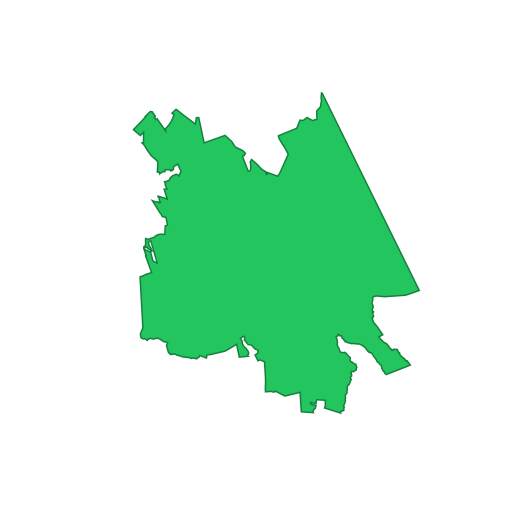 San Juan del Río, Querétaro, Mexico (Equal Earth projection), rotated 329°
{"feature_id": "50627088B99493350429125", "entity_name": "San Juan del Río", "entity_type": "district", "adm_level": 2, "iso_a3": "MEX", "parent_name": "Mexico", "parent_adm1": "Querétaro", "projection": "equal_earth", "projection_center": [-100.015, 20.377], "detail": "fine", "context": "isolated", "style": "filled", "palette": "green", "viewbox_px": 512, "rotation_deg": 329, "n_neighbors": 0, "source": "geoboundaries", "source_scale": "gbopen_adm2", "svg_char_len": 6149}
<svg xmlns="http://www.w3.org/2000/svg" viewBox="0 0 512 512"><g transform="rotate(329 256 256)"><path d="M328.9,408.8L328.7,408.4L327.7,408.3L326.1,406.8L325.4,406.8L324.6,407.3L324.0,406.8L324.0,405.7L323.3,403.8L323.3,402.1L322.9,398.9L321.9,396.9L321.4,396.5L321.4,396.0L320.7,395.0L320.8,393.8L320.2,392.6L319.7,389.0L319.8,388.6L324.1,388.8L323.4,378.1L322.6,373.4L323.3,370.3L323.3,369.7L323.7,369.4L323.7,368.8L325.5,368.6L326.1,367.4L326.0,366.6L326.3,365.9L326.4,364.9L327.8,364.7L328.1,364.3L327.5,363.4L327.8,361.9L329.3,360.8L329.7,360.7L329.8,359.8L330.4,359.7L330.9,357.6L330.8,356.3L333.5,353.8L333.9,353.3L334.2,352.2L334.5,351.8L335.9,351.4L337.4,351.7L337.9,352.1L338.7,352.3L345.1,357.0L363.9,366.6L364.5,366.5L365.7,367.1L378.2,369.6L396.6,150.5L396.1,150.0L393.1,154.2L392.4,156.1L388.0,161.4L383.0,162.8L382.2,163.8L378.7,170.2L377.3,170.0L377.2,169.7L376.7,169.4L376.0,169.6L374.5,169.2L372.4,166.0L371.2,163.6L367.2,164.0L366.3,164.2L363.7,162.2L356.7,167.5L337.1,164.5L336.9,164.8L336.3,167.3L336.2,174.5L336.5,174.8L336.6,176.3L336.4,176.3L336.5,177.6L336.0,185.4L318.8,197.4L317.1,198.0L315.8,198.9L309.1,190.7L308.8,191.3L307.2,191.6L307.1,190.1L308.6,190.1L308.0,189.3L305.6,184.8L304.0,177.4L301.9,171.0L299.3,172.6L298.9,174.1L296.8,178.0L295.0,179.8L293.9,179.6L293.0,179.1L295.7,163.9L295.9,163.6L297.6,163.7L299.8,162.6L299.0,159.0L294.3,151.7L294.2,145.5L291.6,136.7L269.8,132.3L278.2,107.9L276.2,106.7L272.0,111.7L265.7,96.1L263.4,89.7L262.9,89.1L257.5,90.3L258.5,92.9L253.1,96.7L249.4,98.6L245.7,99.9L244.0,100.1L242.9,102.3L241.9,87.4L240.5,87.6L240.2,84.9L241.2,84.8L241.7,84.5L241.3,78.9L239.9,77.9L239.8,77.7L232.8,79.4L232.9,80.0L216.0,84.6L218.9,93.2L223.4,92.1L217.6,101.4L216.3,99.7L217.0,101.8L217.3,103.8L217.4,109.4L217.3,110.4L217.6,112.4L217.8,116.0L219.9,122.4L220.2,125.1L214.6,133.3L215.2,133.6L216.0,133.8L215.8,136.0L216.1,135.8L219.4,135.8L221.5,136.7L222.6,135.2L223.1,135.2L223.9,136.1L226.0,137.3L226.6,138.4L226.6,138.9L226.8,139.1L227.0,139.0L227.1,138.7L227.4,138.7L227.4,139.0L227.8,139.6L228.0,139.6L228.1,138.8L229.1,139.3L230.0,139.2L230.8,137.5L232.4,136.9L235.8,137.2L236.4,136.4L235.2,145.0L233.1,146.3L231.3,147.9L230.6,145.9L229.9,145.0L228.6,144.6L225.5,144.3L222.5,145.0L221.1,146.2L218.6,146.2L215.9,145.2L215.5,147.1L214.7,148.9L214.2,152.7L211.7,151.4L209.5,160.2L209.5,161.1L209.1,161.6L208.0,159.9L202.8,154.2L202.7,154.3L202.6,156.6L201.8,159.2L201.8,160.7L200.6,160.8L199.9,159.1L197.8,157.9L195.7,155.2L195.9,169.7L196.3,170.8L195.9,173.1L196.2,174.1L198.7,176.5L196.1,183.8L193.7,183.5L189.0,190.4L187.9,189.8L186.0,188.4L183.3,187.3L180.7,187.0L178.6,187.5L172.0,186.1L170.5,184.2L170.0,184.6L168.4,187.5L166.8,189.8L166.2,190.3L164.4,190.4L163.9,191.7L165.8,191.8L166.2,192.1L166.8,192.1L167.0,192.5L167.3,194.2L168.5,195.8L168.7,198.2L169.4,198.3L170.0,194.6L169.8,193.3L170.1,190.8L171.1,188.7L171.6,188.5L173.6,188.9L167.7,211.3L165.1,207.1L167.7,198.3L163.5,192.5L162.0,199.1L161.4,199.0L158.0,216.4L151.8,215.0L148.7,214.8L145.9,214.1L122.1,259.2L116.7,263.3L115.4,266.9L116.0,268.1L116.9,269.2L118.5,270.0L119.2,272.3L119.3,272.4L119.9,271.8L121.3,272.0L122.4,271.7L125.4,274.5L127.5,274.9L130.3,276.7L132.8,282.0L134.4,283.1L135.6,284.8L133.3,286.4L131.3,293.4L132.0,296.5L132.6,296.8L133.2,296.6L133.6,297.1L134.7,297.7L135.6,297.7L137.1,300.2L137.8,300.7L138.9,302.2L139.8,302.7L141.0,304.6L142.4,305.7L143.6,306.2L143.6,306.6L144.2,307.1L144.3,306.9L144.8,307.6L146.5,308.6L147.3,310.0L148.0,310.6L148.6,310.6L150.4,311.6L150.9,312.4L152.4,313.7L153.5,313.0L154.2,313.3L155.4,313.2L156.5,312.3L160.9,317.9L162.1,316.8L162.7,315.5L166.4,317.1L180.4,321.6L183.4,321.7L193.9,321.7L189.6,334.1L197.4,337.8L197.3,337.6L197.9,336.8L199.1,336.3L199.9,334.9L200.2,332.4L199.8,331.9L200.0,330.9L199.8,329.8L199.3,328.6L199.0,325.6L199.4,323.2L199.7,323.0L200.3,321.6L200.2,318.6L204.3,318.5L204.2,320.0L204.3,320.3L203.6,321.3L202.8,321.7L203.6,327.8L205.5,329.3L206.6,330.9L206.7,333.1L207.4,335.4L209.3,337.6L207.3,340.3L204.3,340.3L203.7,346.9L205.3,346.9L206.5,347.8L208.8,351.1L202.2,363.8L199.5,368.6L195.5,374.8L194.2,377.3L199.5,380.0L200.3,381.2L201.9,382.1L202.8,381.5L208.6,390.9L223.5,395.6L214.6,412.9L224.3,419.7L224.2,419.1L226.6,417.4L228.3,417.1L230.3,415.2L226.5,411.0L227.7,409.7L231.2,413.6L232.0,412.9L232.3,412.1L234.1,410.5L241.0,415.3L238.5,419.9L236.5,421.6L247.7,434.3L248.1,433.3L249.6,432.7L250.5,433.5L251.8,433.6L252.8,431.8L253.8,431.1L253.6,429.9L258.0,426.4L258.6,424.8L259.0,424.6L259.7,423.6L260.3,422.3L261.6,420.8L263.1,420.5L263.4,420.0L263.9,419.8L264.3,418.7L265.1,417.9L266.5,415.7L267.4,414.7L268.6,414.1L269.5,414.2L274.2,410.7L273.9,409.7L274.0,408.9L275.6,408.1L276.1,408.2L276.3,408.0L276.9,406.8L276.8,405.8L277.3,405.5L277.4,404.8L277.9,404.6L278.7,404.1L278.9,404.1L279.4,405.0L279.8,405.3L283.0,405.3L283.5,405.1L283.6,404.6L284.2,403.9L285.0,403.5L285.7,400.4L285.3,400.6L284.9,399.2L283.7,396.9L283.7,396.0L283.0,395.3L282.8,394.4L282.9,394.0L283.3,393.2L284.2,392.2L284.4,391.7L283.4,387.9L283.2,385.8L282.3,384.2L281.2,384.0L279.4,382.4L278.9,382.0L278.9,381.6L279.2,378.6L279.6,377.9L279.6,377.4L279.5,376.2L280.0,373.5L281.4,372.0L282.2,369.9L283.0,366.6L283.4,366.3L284.7,366.6L285.8,365.5L286.2,365.6L286.8,366.1L286.6,367.1L286.9,367.8L288.2,368.5L288.1,369.6L287.6,370.3L287.5,370.7L287.5,371.2L288.5,371.8L288.1,372.7L288.2,374.0L288.5,374.7L288.3,375.3L288.4,375.6L289.2,375.7L289.4,376.1L289.5,376.9L290.0,377.6L292.0,379.4L292.7,380.4L294.8,381.3L295.8,382.3L296.4,382.5L296.8,383.0L297.3,383.2L297.7,383.9L298.9,384.2L300.9,387.1L302.4,390.6L302.7,392.1L302.5,393.3L303.1,396.3L303.6,396.9L303.7,397.3L304.5,397.8L304.6,398.4L305.2,399.0L305.3,403.4L305.7,406.7L305.4,409.2L306.1,410.4L306.3,412.6L306.7,413.3L306.8,414.5L306.4,416.2L306.0,416.9L306.2,417.4L306.0,417.8L305.8,419.9L306.2,420.8L306.0,422.7L306.6,424.7L332.0,429.0L332.0,426.9L331.6,425.5L331.8,424.4L331.3,423.2L330.6,423.4L330.4,423.3L330.4,420.4L330.3,420.0L329.8,419.8L328.4,414.4L329.2,413.4L329.1,412.9L328.5,412.5L328.5,412.1L328.8,411.0L328.7,410.0L328.9,408.8Z" fill="#22c55e" stroke="#15803d" stroke-width="1.5"/></g></svg>